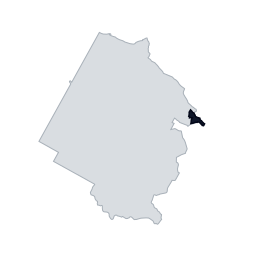 location of Al Kurmuk, Blue Nile, Sudan, rotated 299°
{"feature_id": "16777658B11118605799379", "entity_name": "Al Kurmuk", "entity_type": "district", "adm_level": 2, "iso_a3": "SDN", "parent_name": "Sudan", "parent_adm1": "Blue Nile", "projection": "mercator", "projection_center": [34.082, 10.395], "detail": "fine", "context": "in_parent", "style": "filled", "palette": "ink", "viewbox_px": 256, "rotation_deg": 299, "n_neighbors": 0, "source": "geoboundaries", "source_scale": "gbopen_adm2", "svg_char_len": 5250}
<svg xmlns="http://www.w3.org/2000/svg" viewBox="0 0 256 256"><g transform="rotate(299 128 128)"><path d="M168.4,193.3L166.5,193.3L166.3,192.8L166.3,191.6L166.5,190.6L167.2,189.1L167.1,188.2L167.2,187.0L166.6,185.7L162.0,181.7L161.0,180.6L158.5,179.6L159.0,178.5L157.9,170.5L158.4,169.5L158.6,168.1L158.6,166.9L159.2,164.8L159.2,163.9L154.2,163.9L154.2,164.7L154.4,165.7L154.4,166.1L147.4,166.2L150.2,169.3L150.3,170.7L150.2,172.5L150.2,173.6L150.4,174.3L151.1,175.7L151.1,176.0L150.9,176.3L146.0,180.5L145.1,182.5L144.5,183.5L143.1,185.2L138.6,189.7L137.8,190.0L134.4,190.2L134.0,190.3L133.8,190.5L133.6,190.4L130.7,187.8L125.8,184.6L122.5,186.3L121.6,186.9L121.6,188.4L121.1,189.2L120.2,190.0L117.8,190.6L116.5,191.0L115.0,191.9L113.6,193.3L113.5,194.1L113.6,194.7L105.3,194.7L104.7,194.2L103.5,191.8L102.7,192.0L95.1,191.7L94.0,191.9L91.8,192.9L90.7,193.1L89.6,192.6L85.6,187.9L84.7,187.4L83.8,186.3L83.0,185.8L82.7,185.4L82.6,184.9L82.6,183.9L82.3,183.3L81.7,183.1L76.3,184.2L75.6,184.1L74.4,184.3L74.0,184.5L73.6,185.1L73.5,186.4L73.4,187.0L73.0,187.7L71.4,189.3L71.1,190.0L71.2,191.7L71.1,192.6L70.8,193.0L70.2,193.7L69.9,194.1L69.7,196.3L68.8,197.7L68.6,198.1L68.6,199.1L68.4,199.4L66.0,200.2L65.1,200.7L64.6,201.4L64.4,201.7L63.4,201.5L62.1,201.3L59.5,201.0L58.5,200.7L58.0,200.2L58.2,198.8L57.9,198.5L57.5,198.3L57.2,197.7L57.3,197.0L58.6,195.4L58.9,194.6L59.3,190.7L59.2,189.5L58.1,187.3L55.7,183.5L55.1,182.7L52.0,179.6L51.7,179.1L50.9,177.8L51.7,174.9L51.8,174.1L51.6,173.2L50.8,172.6L50.1,172.6L49.2,171.8L48.6,171.4L48.1,170.7L47.8,169.8L48.0,166.3L47.8,165.9L47.1,165.8L46.9,165.5L46.9,164.9L46.5,162.9L46.0,161.3L46.3,160.4L45.6,159.2L44.4,158.6L41.9,159.0L41.2,159.0L40.6,158.7L40.3,158.3L40.1,157.8L40.3,157.0L41.0,155.5L41.8,154.3L43.6,153.2L44.0,152.6L44.3,152.0L44.4,151.2L44.2,150.4L44.0,149.7L43.5,148.8L43.1,147.6L43.0,146.9L43.3,146.4L43.7,145.7L45.5,144.4L47.3,143.4L47.6,143.0L47.5,142.5L46.6,141.7L46.4,140.0L45.9,138.8L46.8,137.9L47.5,137.6L48.5,137.3L49.0,136.9L49.1,136.2L49.0,135.5L49.4,135.0L49.9,133.9L50.3,133.4L51.7,132.2L52.0,131.3L52.1,130.5L51.7,128.1L52.5,127.1L53.5,126.3L54.9,126.3L57.2,126.2L58.7,125.8L59.8,125.8L62.3,126.3L62.6,126.1L62.7,125.4L62.7,79.0L73.0,79.0L73.1,56.6L138.4,56.6L138.9,56.5L140.0,54.4L140.4,54.3L141.1,54.4L141.3,54.9L140.7,56.6L197.7,56.6L197.8,59.1L198.3,61.2L199.9,64.1L201.3,65.7L201.8,66.6L201.8,67.0L201.7,67.4L201.3,66.9L200.6,66.6L200.5,68.0L200.9,70.8L201.4,72.8L201.0,74.6L201.1,77.6L201.8,81.3L201.7,83.6L202.8,89.1L204.0,92.1L204.6,92.8L205.3,93.2L206.7,93.5L208.7,95.0L210.3,96.6L210.9,97.5L211.6,98.4L212.2,98.2L212.5,98.0L213.0,98.7L215.5,100.3L215.9,101.1L215.0,101.8L213.9,103.1L213.4,104.3L213.2,104.6L212.3,105.4L212.2,105.7L211.8,105.9L211.4,105.9L210.6,106.3L209.8,106.2L209.0,106.4L208.7,106.7L208.1,107.0L207.2,107.1L205.9,108.1L204.8,108.6L204.4,109.0L203.8,110.9L203.4,111.4L201.7,111.5L200.8,111.7L199.7,111.5L199.1,111.5L199.0,111.9L198.8,113.6L198.8,114.3L197.9,116.2L198.1,119.8L197.2,122.5L197.1,123.1L196.2,125.2L195.7,126.0L194.5,130.0L194.0,131.2L193.0,132.5L194.1,142.0L193.2,144.9L193.3,146.4L192.7,148.8L192.2,149.8L191.4,151.1L190.8,152.6L190.3,154.5L189.9,158.1L189.7,158.5L186.7,158.9L185.8,159.2L185.1,159.6L184.3,160.5L182.8,163.0L182.0,164.6L180.7,166.7L179.3,168.2L179.0,168.9L178.7,170.3L178.2,172.4L177.7,174.0L177.8,175.2L177.3,177.3L177.4,178.4L176.9,179.0L176.2,179.5L175.7,179.6L173.6,178.2L172.1,179.2L171.2,180.6L170.5,182.0L170.9,184.9L170.9,185.6L170.7,186.3L169.3,189.1L168.9,190.5L168.5,192.8L168.4,193.3Z" fill="#d9dde1" stroke="#a8b0b8" stroke-width="1"/><path d="M173.0,178.6L173.0,178.1L173.0,177.5L173.0,176.9L173.7,175.5L174.2,173.9L171.6,173.8L171.1,174.1L170.9,174.1L170.5,174.4L170.4,174.5L169.9,174.8L169.6,174.8L169.4,175.0L169.2,175.1L168.3,175.3L168.2,175.5L167.6,175.5L167.4,176.6L166.7,176.9L167.3,177.7L168.1,179.3L167.7,179.3L166.0,179.4L165.4,179.6L163.0,180.7L162.6,180.7L162.4,180.8L162.8,181.2L164.1,182.9L164.8,183.4L165.2,183.8L165.5,184.0L165.6,184.3L166.2,185.2L166.4,185.6L166.5,185.7L166.5,185.8L166.8,185.9L167.0,185.9L167.3,185.9L167.3,186.0L167.3,186.3L167.3,186.5L167.5,186.8L167.6,187.0L167.6,187.3L167.6,187.5L167.5,187.8L167.5,188.0L167.5,188.3L167.5,188.5L167.5,188.8L167.4,188.8L167.4,189.0L167.3,189.3L167.3,189.5L167.2,189.7L167.2,189.8L167.0,190.0L166.9,190.0L166.8,190.3L166.7,190.4L166.7,190.5L166.6,190.8L166.6,191.0L166.5,191.4L166.5,191.5L166.4,191.6L166.5,191.7L166.4,191.8L166.4,192.0L166.5,192.1L166.4,192.3L166.5,192.5L166.6,192.8L166.8,192.9L167.0,192.9L167.4,192.9L167.7,192.9L167.8,192.9L168.0,192.9L168.3,192.9L168.5,192.9L168.8,192.9L168.8,192.5L168.8,192.2L168.9,191.6L169.0,191.5L169.1,191.2L169.3,190.3L169.4,190.1L169.4,189.9L169.5,189.8L169.6,189.5L169.9,188.9L170.0,188.7L169.9,188.3L170.0,188.1L170.0,187.7L170.2,187.0L170.4,186.9L170.6,186.7L170.8,186.6L171.2,186.3L171.1,186.2L171.2,185.9L171.3,185.8L171.2,185.5L171.3,185.4L171.3,185.2L171.2,185.1L171.2,184.7L171.0,184.3L170.9,183.7L170.8,183.4L170.8,183.2L170.9,182.9L170.9,182.7L170.8,182.3L170.7,182.1L170.6,181.9L170.8,181.7L170.8,181.4L171.0,181.2L171.3,180.9L171.7,180.4L171.8,180.4L171.9,180.1L172.2,179.6L172.5,179.0L172.8,178.8L173.0,178.6Z" fill="#0f172a" stroke="#020617" stroke-width="1.5"/></g></svg>